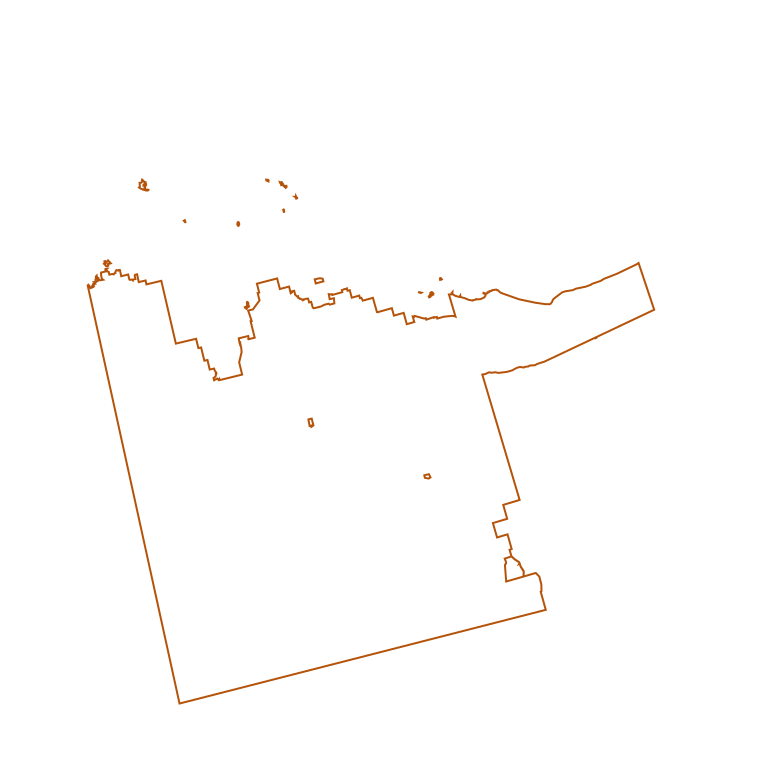 the district of Unincorporated SA, South Australia, Australia, rotated 165°
{"feature_id": "25037944B19571193858150", "entity_name": "Unincorporated SA", "entity_type": "district", "adm_level": 2, "iso_a3": "AUS", "parent_name": "Australia", "parent_adm1": "South Australia", "projection": "orthographic", "projection_center": [135.729, -30.866], "detail": "fine", "context": "isolated", "style": "outline", "palette": "amber", "viewbox_px": 768, "rotation_deg": 165, "n_neighbors": 0, "source": "geoboundaries", "source_scale": "gbopen_adm2", "svg_char_len": 6182}
<svg xmlns="http://www.w3.org/2000/svg" viewBox="0 0 768 768"><g transform="rotate(165 384 384)"><path d="M644.7,555.9L664.2,128.3L286.2,124.0L286.4,142.8L285.5,143.2L283.9,149.7L283.8,157.7L286.3,162.2L299.0,161.9L297.5,166.8L298.0,168.8L299.2,172.3L299.5,176.8L303.0,180.8L305.5,184.7L305.6,191.4L303.4,191.5L303.6,206.8L314.5,206.5L314.8,221.5L299.9,221.9L300.1,236.4L283.0,236.9L286.6,367.7L283.9,367.4L279.3,368.1L277.5,367.1L273.4,366.5L270.6,365.1L262.3,363.9L256.6,364.0L251.7,365.2L248.4,365.3L244.5,363.7L243.6,364.1L239.9,363.6L238.7,364.1L233.2,363.1L231.0,363.7L223.2,364.1L168.0,374.1L167.9,373.5L166.9,373.7L167.0,374.3L103.8,385.8L106.8,435.0L109.1,434.2L130.4,430.2L144.6,428.6L147.9,427.5L157.1,426.9L158.5,426.3L164.0,425.8L173.8,426.4L177.3,425.8L184.9,426.6L188.2,426.4L198.0,422.4L199.3,421.4L200.4,419.8L202.4,418.3L203.4,418.2L207.8,419.5L216.9,423.4L231.5,430.8L246.1,440.8L248.0,442.3L249.7,445.1L250.5,445.3L251.0,446.1L255.3,446.7L255.9,446.1L258.2,446.4L258.5,445.6L260.2,445.3L260.4,445.6L260.8,444.9L261.8,444.7L264.3,446.3L264.5,446.0L263.8,445.2L263.0,445.1L262.7,444.4L263.3,442.9L264.7,441.7L268.8,441.0L272.5,441.7L272.8,442.2L274.0,441.8L276.1,442.0L276.7,441.6L280.3,443.3L283.9,446.1L286.6,447.6L287.5,448.4L287.4,449.7L288.6,448.5L292.3,450.7L294.7,453.2L294.1,455.0L295.1,454.3L294.9,453.7L295.4,453.0L298.1,453.7L297.5,430.6L298.7,431.5L300.8,432.2L308.7,433.5L315.6,433.4L315.6,435.1L318.6,435.1L318.6,435.7L326.5,435.2L326.6,436.8L328.3,436.8L336.9,441.9L337.4,441.1L338.8,441.8L338.7,436.0L346.5,435.9L346.6,447.6L356.7,447.5L356.8,455.2L371.7,455.0L372.2,455.3L372.4,470.1L382.9,470.0L383.6,473.1L385.0,473.2L385.0,475.8L392.8,475.7L392.8,483.5L395.1,483.5L395.1,486.0L396.3,485.6L397.3,485.9L400.4,485.6L400.5,483.5L410.9,483.4L411.0,484.2L412.0,484.2L414.1,485.1L414.5,480.0L410.2,479.8L411.1,474.7L415.9,474.7L416.7,475.9L421.2,476.0L424.6,475.2L432.2,475.3L433.0,476.2L433.1,482.2L435.2,482.2L435.2,486.1L437.9,486.6L440.4,485.9L440.4,486.7L441.4,486.7L442.8,488.2L443.5,488.2L444.1,489.6L444.5,489.6L444.3,491.0L445.3,491.0L446.7,493.3L446.6,497.3L450.0,497.4L449.3,496.3L450.6,495.8L450.5,502.7L460.0,502.7L459.9,513.6L480.8,513.8L480.9,504.6L482.5,504.6L482.6,496.9L491.3,490.0L496.2,490.1L495.5,479.1L496.6,479.2L496.9,462.2L503.3,462.3L503.5,462.7L502.9,463.5L502.7,465.5L512.5,465.7L512.9,461.1L512.3,461.2L512.7,459.9L512.3,459.5L512.9,458.4L512.5,457.9L512.5,456.2L513.3,451.6L518.3,442.4L518.6,429.8L541.8,430.3L541.8,431.5L542.7,430.7L543.7,432.4L547.1,431.6L547.1,433.9L544.9,434.8L543.3,437.3L543.7,437.6L543.1,438.4L544.0,440.6L544.2,442.5L543.4,442.9L548.6,443.1L548.3,452.9L551.5,453.0L551.2,466.6L554.0,466.7L553.8,476.3L574.6,476.9L572.4,541.3L587.7,541.7L587.5,545.7L594.5,545.9L594.1,553.9L596.1,553.9L596.8,553.1L596.9,549.7L599.7,549.8L599.9,549.2L600.5,550.1L602.6,550.4L602.9,550.8L602.8,556.0L609.9,556.1L609.6,562.5L610.5,562.8L611.4,562.3L613.0,563.3L614.3,562.0L614.7,560.7L615.8,560.7L616.7,559.8L618.1,560.6L621.0,560.7L620.9,563.6L621.7,564.0L623.0,566.3L621.7,567.0L623.2,567.3L623.8,565.5L623.5,565.5L623.5,564.7L628.4,564.9L629.1,562.3L629.3,558.6L628.3,557.4L631.2,557.6L632.0,558.1L632.5,558.8L632.3,559.9L633.7,561.9L633.5,563.0L634.5,562.4L634.6,561.7L634.2,561.6L634.7,560.9L634.2,560.4L635.1,560.5L635.3,560.1L633.6,560.0L634.1,559.5L633.1,558.0L634.1,557.4L636.0,558.1L636.2,556.9L637.1,557.2L636.7,556.6L637.6,556.4L637.3,555.7L637.7,555.8L638.3,555.1L638.7,555.6L638.8,555.2L639.3,555.5L639.6,555.1L639.3,554.2L639.9,554.5L640.6,554.1L640.8,553.5L640.1,553.6L640.0,553.0L641.3,553.2L641.2,552.7L642.7,552.6L642.8,553.5L643.3,553.8L643.2,554.5L643.7,554.7L643.5,555.1L644.0,555.2L643.7,555.5L643.9,556.3L644.7,555.9ZM305.5,184.5L303.1,180.7L299.6,176.8L299.5,175.8L300.0,175.3L299.5,175.4L299.3,172.2L297.6,166.8L299.1,161.9L317.1,161.6L314.0,178.0L312.4,179.3L312.2,180.3L312.6,184.1L305.5,184.5ZM466.7,362.7L466.2,369.3L462.8,369.3L462.9,362.6L463.5,362.6L463.3,362.1L465.3,361.4L465.4,362.7L466.7,362.7ZM365.3,281.1L368.8,282.8L368.7,285.4L364.0,285.3L363.3,281.7L365.3,281.1ZM561.3,632.4L561.7,632.9L563.4,633.1L564.1,634.3L564.9,634.2L563.9,635.3L563.9,636.1L564.5,635.6L564.2,636.5L562.6,637.4L562.9,638.2L565.0,638.1L564.8,638.6L562.6,639.5L562.1,639.2L562.1,639.6L562.9,639.9L562.5,640.6L563.1,640.6L562.9,641.2L563.4,641.8L564.4,642.1L564.3,642.5L564.7,642.7L564.3,643.4L564.8,644.0L565.2,643.3L564.7,642.1L566.4,641.3L568.0,641.6L568.7,637.9L569.8,637.2L568.2,635.5L563.6,632.4L562.1,632.0L561.3,632.4ZM416.0,498.8L416.0,501.6L418.6,502.8L423.8,503.0L423.9,498.8L416.0,498.8ZM616.7,571.3L618.5,574.7L619.1,573.9L620.3,573.7L621.0,574.1L620.8,574.4L621.1,574.8L622.3,574.9L622.5,574.0L622.0,572.7L623.3,572.5L622.9,571.6L622.4,571.6L622.0,569.9L620.8,569.3L620.2,569.3L619.4,570.3L619.7,571.4L616.7,571.3ZM494.9,498.7L495.2,498.5L494.8,497.7L495.4,497.7L495.6,496.7L495.2,496.9L495.2,496.5L495.9,495.3L497.3,494.2L498.5,494.2L498.3,493.2L497.3,492.2L496.2,493.3L494.3,493.7L494.6,495.7L494.2,496.7L494.4,497.5L494.2,497.9L494.9,498.7ZM428.3,600.8L430.4,602.9L430.5,603.6L429.9,603.9L430.3,605.0L430.8,605.6L431.7,605.3L432.4,605.9L432.4,605.3L431.9,604.9L431.8,602.7L431.2,602.8L430.1,601.9L428.2,598.9L427.1,599.6L427.0,599.9L427.4,600.2L427.2,600.7L428.3,600.8ZM312.9,458.4L313.4,459.9L314.4,460.5L314.8,459.8L315.7,459.9L316.2,458.5L316.9,457.9L316.3,457.9L316.2,457.1L317.6,456.1L318.9,455.8L316.6,456.2L314.8,457.8L314.5,457.8L314.5,457.6L315.3,456.8L314.1,457.7L313.4,457.6L313.4,458.1L312.9,458.4ZM483.6,574.4L482.5,575.7L482.4,576.3L482.5,577.8L483.0,578.2L483.6,577.9L484.4,576.2L484.1,574.7L483.6,574.4ZM443.2,610.3L442.8,610.5L442.9,611.1L444.9,611.9L445.0,611.1L443.3,609.7L443.2,610.3ZM420.2,586.6L420.5,588.3L420.8,587.6L421.5,587.8L420.9,587.1L420.9,585.8L420.1,585.6L420.0,585.1L419.7,586.3L420.2,586.6ZM533.8,591.0L534.0,593.8L535.1,593.5L533.8,591.0ZM301.8,471.7L302.6,471.6L302.8,470.3L302.0,470.5L301.8,469.9L301.0,470.2L301.8,471.7ZM324.2,462.5L325.6,463.3L327.3,463.9L325.0,462.4L325.4,462.2L324.2,462.5ZM435.8,577.9L436.2,576.5L437.0,576.1L435.9,576.1L435.5,578.1L435.7,578.5L436.2,578.3L435.8,577.9Z" fill="none" stroke="#b45309" stroke-width="2"/></g></svg>